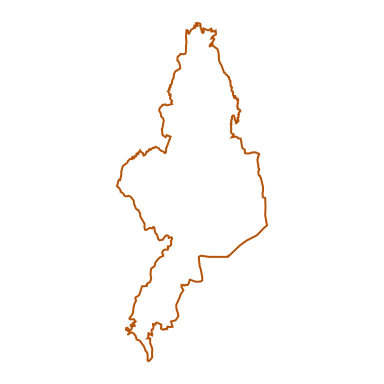 Kudus, Jawa Tengah, Indonesia
{"feature_id": "22746128B61967707401144", "entity_name": "Kudus", "entity_type": "district", "adm_level": 2, "iso_a3": "IDN", "parent_name": "Indonesia", "parent_adm1": "Jawa Tengah", "projection": "equal_earth", "projection_center": [110.867, -6.798], "detail": "fine", "context": "isolated", "style": "outline", "palette": "amber", "viewbox_px": 384, "rotation_deg": 0, "n_neighbors": 0, "source": "geoboundaries", "source_scale": "gbopen_adm2", "svg_char_len": 6005}
<svg xmlns="http://www.w3.org/2000/svg" viewBox="0 0 384 384"><path d="M127.2,334.5L128.5,334.3L129.1,333.9L129.7,333.3L130.2,332.8L130.4,332.2L132.7,332.9L134.5,334.2L134.6,335.0L135.7,336.0L135.7,336.8L136.3,337.6L136.4,339.3L139.9,340.8L144.2,346.8L145.5,350.8L146.7,351.9L147.4,353.5L147.7,356.8L147.5,360.0L147.9,360.8L148.6,361.0L148.6,360.6L150.0,360.2L152.2,357.3L152.0,352.8L152.3,349.7L152.0,348.0L150.1,342.9L150.2,338.5L147.5,338.4L148.5,337.5L148.2,336.2L148.5,335.6L148.2,335.6L148.5,333.2L152.1,335.4L152.4,334.4L151.7,333.1L151.6,329.6L152.7,329.4L153.1,328.8L153.6,325.6L152.9,325.2L153.0,324.1L155.3,324.5L155.2,323.9L156.7,322.5L161.3,324.6L161.0,328.1L161.4,328.2L161.4,329.1L163.0,329.6L164.0,329.6L164.4,329.0L166.7,329.2L166.8,328.3L167.3,328.4L167.6,326.6L169.7,327.0L172.5,326.8L171.0,321.5L175.6,320.3L178.3,316.3L178.2,314.2L176.6,309.4L176.2,305.9L176.5,304.2L178.9,299.2L180.5,294.8L183.4,290.0L181.5,287.2L181.6,284.9L182.8,285.6L183.6,285.0L184.7,285.5L185.4,284.9L187.6,285.0L188.7,283.4L189.8,279.7L196.0,281.8L200.6,281.5L202.2,280.4L202.3,278.3L202.0,275.8L200.7,269.1L199.7,266.1L198.8,257.7L199.0,256.7L200.8,255.7L209.4,256.9L227.2,256.9L228.3,256.4L228.5,256.3L228.2,254.8L228.6,256.2L239.8,245.5L246.7,240.5L256.9,235.3L264.0,227.9L267.0,225.4L265.2,215.4L265.5,206.8L265.2,198.0L263.4,197.5L262.7,196.7L262.6,192.7L262.9,191.8L263.1,187.4L260.8,177.6L260.1,176.8L260.1,176.1L259.6,176.1L258.8,175.0L258.3,172.5L258.5,170.8L259.2,169.7L259.2,169.0L258.3,167.6L258.3,164.9L258.0,164.4L257.4,159.7L258.2,157.7L257.9,157.1L259.2,154.2L258.7,153.5L257.6,153.4L255.8,152.4L252.2,152.4L249.7,153.4L245.3,153.4L244.8,151.8L244.9,149.8L242.7,148.5L242.2,147.4L240.7,138.6L237.8,138.3L237.5,137.4L236.1,136.6L231.8,137.3L233.8,134.8L233.4,134.1L232.1,133.7L231.3,132.9L231.0,131.4L231.3,129.4L231.0,126.0L231.3,125.3L230.9,124.6L231.2,124.5L231.0,124.0L231.4,123.1L231.0,122.3L231.5,121.5L231.2,120.1L231.9,119.4L232.0,116.7L232.9,115.5L233.9,115.6L234.7,117.8L234.7,119.6L235.3,120.6L236.1,120.8L235.8,122.1L236.2,123.2L237.5,122.0L237.2,121.5L237.5,121.1L238.3,121.2L238.4,120.3L237.4,120.0L237.5,119.3L238.0,118.8L237.6,117.7L238.5,117.2L238.7,115.9L238.2,114.7L238.9,114.3L238.7,113.4L239.3,112.1L240.3,111.4L240.3,110.5L239.8,109.8L238.9,109.6L238.5,108.8L237.9,109.0L237.8,108.1L237.2,107.2L237.7,106.4L237.3,105.0L237.8,104.1L237.7,102.9L238.1,102.7L237.6,101.1L238.3,100.3L238.0,99.2L237.5,98.6L237.2,98.6L237.1,99.6L236.7,99.3L235.1,96.0L234.5,96.0L234.6,97.2L234.3,97.9L234.0,97.7L233.6,95.8L233.2,95.5L232.9,91.6L232.1,91.5L231.4,89.9L232.0,87.4L230.9,86.7L231.0,85.9L230.5,85.3L230.7,83.8L230.2,82.2L230.6,81.2L229.3,79.3L229.1,77.3L228.5,77.3L227.1,75.1L225.9,74.6L225.3,73.2L224.1,72.6L221.6,65.6L219.7,62.3L219.0,60.1L218.7,53.5L217.5,49.1L213.2,46.0L212.8,45.5L212.6,44.2L211.1,45.9L210.0,46.4L209.6,45.7L210.2,44.5L212.5,42.2L214.3,39.0L213.7,38.2L211.4,38.5L212.4,36.6L216.0,34.3L215.6,30.6L214.5,31.4L213.5,31.5L213.0,30.9L212.5,31.4L211.2,31.4L211.6,29.8L211.3,28.7L208.2,30.4L203.4,28.4L202.9,29.4L203.8,31.0L203.8,31.9L203.1,32.9L201.9,32.3L201.3,29.1L200.4,27.2L200.7,26.0L200.3,23.7L197.6,23.0L195.9,23.2L196.0,24.0L198.1,25.6L197.1,26.0L194.4,25.5L194.2,26.3L195.3,27.4L195.1,27.8L193.1,28.3L190.9,30.2L189.0,33.7L188.5,33.5L188.1,32.2L188.0,30.8L187.1,30.1L186.4,30.2L186.0,37.7L186.5,42.6L186.0,45.8L185.9,52.2L185.4,53.6L183.8,54.2L180.4,54.0L180.0,54.9L177.7,56.7L177.3,60.3L179.0,62.2L180.1,66.2L180.2,68.5L175.1,71.6L174.0,74.1L173.9,76.5L173.5,76.8L173.4,78.6L172.7,79.3L172.0,81.4L171.9,83.5L171.2,84.1L170.7,85.6L170.2,85.3L169.8,86.4L170.4,87.2L169.2,88.2L169.6,88.6L169.2,89.2L169.5,89.6L168.8,89.9L168.6,90.9L168.0,91.2L169.4,94.0L170.5,94.3L170.5,95.1L169.7,95.4L170.6,96.2L169.9,98.3L172.1,101.0L171.2,102.1L172.1,104.0L167.3,105.3L166.7,105.3L165.3,104.3L163.9,104.9L162.6,104.8L161.6,106.4L160.4,107.1L159.2,109.7L159.2,110.5L160.7,113.4L161.1,116.2L163.2,118.6L163.8,120.7L162.4,128.2L161.7,129.2L162.1,130.3L162.4,134.8L165.4,137.2L166.5,136.2L166.7,135.2L170.6,136.7L166.6,147.5L166.2,147.8L166.0,152.1L165.4,152.9L164.6,153.0L163.4,151.5L161.7,151.1L160.0,150.0L158.8,148.3L155.4,146.8L154.1,148.1L153.0,147.7L151.1,149.2L149.7,149.2L149.9,149.8L149.5,149.7L148.4,150.6L148.3,151.2L147.5,151.1L147.3,151.8L146.4,151.9L145.5,154.4L143.8,155.7L143.4,155.4L143.0,153.2L140.9,151.9L140.2,150.4L139.1,152.0L138.4,152.3L138.4,154.1L137.9,154.2L137.3,153.4L136.5,153.7L136.2,156.2L134.8,156.1L134.4,157.8L133.8,158.4L133.4,158.4L132.9,157.0L132.4,156.9L131.9,159.1L130.3,158.8L128.0,160.9L127.3,162.7L122.8,166.1L121.2,171.7L121.4,173.9L120.6,178.3L120.1,180.1L119.0,179.7L118.1,181.9L117.0,186.4L118.5,187.4L120.2,189.6L120.7,191.1L120.6,191.8L123.3,193.5L124.4,195.7L125.1,196.2L127.6,196.3L128.5,195.8L130.8,196.9L133.7,200.6L134.0,203.5L135.9,208.5L136.7,209.4L138.4,210.0L138.3,210.4L140.1,213.3L140.3,216.5L144.6,223.9L144.4,227.2L145.0,229.7L146.1,230.0L150.0,227.8L152.1,228.5L153.2,227.1L154.2,227.3L154.6,228.5L154.7,230.8L155.6,233.3L157.0,234.6L158.3,239.1L159.5,240.3L162.8,239.7L164.9,236.6L165.8,235.7L167.1,235.3L168.3,235.8L168.8,237.9L171.4,237.2L172.0,238.1L172.0,239.0L170.9,241.2L171.2,242.4L170.9,245.3L168.7,246.8L167.9,246.5L167.7,247.1L168.1,248.7L167.7,249.7L165.0,249.5L162.9,250.8L162.1,252.8L163.3,255.2L163.2,255.9L160.4,257.1L157.9,259.2L155.2,262.9L154.7,266.0L151.6,268.3L151.0,269.2L150.5,274.6L151.2,278.3L150.3,281.5L149.2,282.6L147.8,283.1L147.0,283.9L147.0,285.2L146.6,285.0L146.0,286.1L142.0,286.3L139.5,294.4L138.6,295.6L135.5,297.5L135.4,298.5L136.1,300.8L134.7,303.2L133.6,307.1L132.9,313.0L131.7,315.4L129.4,318.2L129.7,319.0L130.6,319.4L133.8,319.2L134.6,320.0L134.7,320.7L135.7,321.4L135.3,322.0L133.2,322.8L134.6,325.2L134.6,326.1L133.1,326.0L132.0,324.5L131.0,324.7L130.7,325.4L132.0,327.7L131.2,329.5L130.7,329.9L129.6,330.0L127.6,328.0L126.5,327.9L126.1,328.3L126.0,329.8L128.5,331.2L129.6,332.6L129.7,333.1L129.2,333.8L127.2,334.5Z" fill="none" stroke="#b45309" stroke-width="2"/></svg>